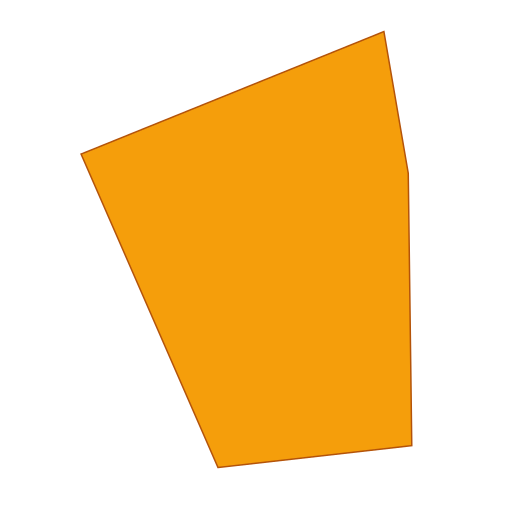 map outline of Beau Bassin-Rose Hill (Equal Earth projection), rotated 173°
{"feature_id": "MUS-5181", "entity_name": "Beau Bassin-Rose Hill", "entity_type": "City", "adm_level": 1, "iso_a3": "MUS", "parent_name": "Mauritius", "parent_adm1": "", "projection": "equal_earth", "projection_center": [57.468, -20.238], "detail": "fine", "context": "isolated", "style": "filled", "palette": "amber", "viewbox_px": 512, "rotation_deg": 173, "n_neighbors": 0, "source": "natural_earth", "source_scale": "10m", "svg_char_len": 240}
<svg xmlns="http://www.w3.org/2000/svg" viewBox="0 0 512 512"><g transform="rotate(173 256 256)"><path d="M101.7,463.2L94.8,319.5L124.5,48.8L319.5,50.7L417.2,378.5L101.7,463.2Z" fill="#f59e0b" stroke="#b45309" stroke-width="1.5"/></g></svg>